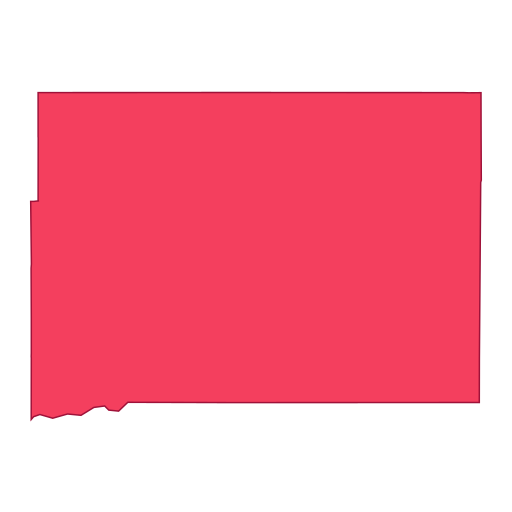 outline of Butte, South Dakota, United States of America
{"feature_id": "52423323B65775953341518", "entity_name": "Butte", "entity_type": "district", "adm_level": 2, "iso_a3": "USA", "parent_name": "United States of America", "parent_adm1": "South Dakota", "projection": "robinson", "projection_center": [-103.763, 44.892], "detail": "fine", "context": "isolated", "style": "filled", "palette": "rose", "viewbox_px": 512, "rotation_deg": 0, "n_neighbors": 0, "source": "geoboundaries", "source_scale": "gbopen_adm2", "svg_char_len": 571}
<svg xmlns="http://www.w3.org/2000/svg" viewBox="0 0 512 512"><path d="M31.2,419.5L33.6,416.7L39.9,414.5L52.7,418.2L67.5,414.0L81.0,415.3L93.9,407.4L104.7,406.0L108.8,410.1L118.6,411.1L127.8,402.3L202.5,402.5L231.6,402.6L479.3,402.5L479.4,358.4L480.7,182.4L481.3,180.1L481.1,136.4L481.0,92.7L468.5,92.8L463.2,92.6L233.4,92.5L38.1,92.6L38.1,137.0L38.2,137.5L38.1,199.8L38.3,200.9L33.8,201.4L30.7,201.4L31.4,264.1L31.1,268.1L31.3,318.7L31.3,318.8L31.3,341.4L31.3,341.6L31.3,353.3L31.2,356.7L31.3,358.0L31.2,419.5Z" fill="#f43f5e" stroke="#9f1239" stroke-width="1.5"/></svg>